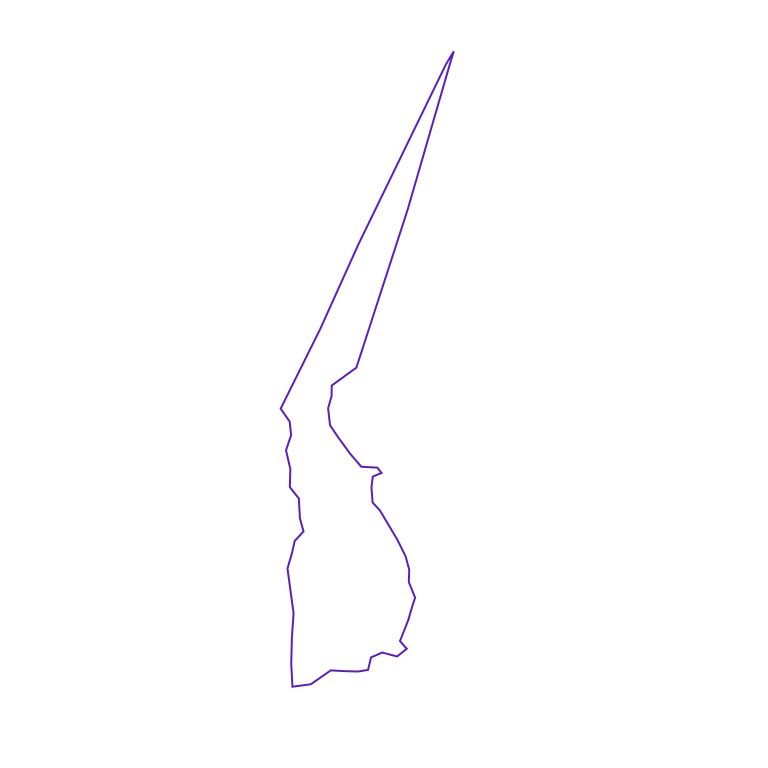 Fasli, Paphos, Cyprus (Mercator projection), rotated 54°
{"feature_id": "46923920B97001671290706", "entity_name": "Fasli", "entity_type": "district", "adm_level": 2, "iso_a3": "CYP", "parent_name": "Cyprus", "parent_adm1": "Paphos", "projection": "mercator", "projection_center": [32.358, 35.003], "detail": "fine", "context": "isolated", "style": "outline", "palette": "violet", "viewbox_px": 768, "rotation_deg": 54, "n_neighbors": 0, "source": "geoboundaries", "source_scale": "gbopen_adm2", "svg_char_len": 837}
<svg xmlns="http://www.w3.org/2000/svg" viewBox="0 0 768 768"><g transform="rotate(54 384 384)"><path d="M155.9,132.0L161.8,146.0L255.7,322.1L301.8,402.9L343.2,482.1L358.9,482.4L370.8,489.2L380.0,502.2L397.8,509.8L412.1,520.8L426.7,520.2L433.2,524.5L443.3,531.0L456.0,535.8L458.5,548.5L466.9,558.1L476.5,570.5L516.3,591.9L534.7,607.3L555.4,623.2L575.1,636.0L583.9,619.7L584.4,595.4L592.7,585.2L601.5,573.8L605.9,564.9L597.6,555.2L600.2,543.3L612.1,533.6L611.6,521.2L601.4,522.2L589.3,503.2L582.3,494.2L575.1,484.4L558.9,480.4L549.0,472.7L536.0,467.8L517.6,464.7L499.8,463.1L484.0,461.6L473.2,462.9L460.4,455.0L452.3,447.5L454.5,438.3L447.8,438.5L437.6,451.0L420.5,452.4L398.9,452.4L385.7,451.9L370.8,443.5L362.9,433.4L354.5,427.2L354.5,396.7L257.0,262.6L165.1,144.2L155.9,132.0Z" fill="none" stroke="#5b21b6" stroke-width="2"/></g></svg>